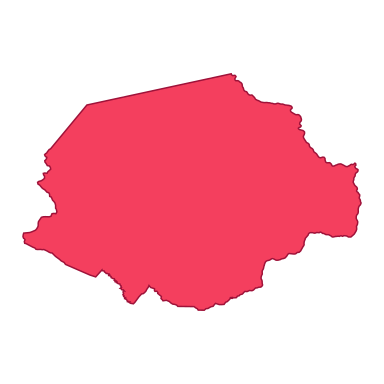 Kompiam District, Enga, Papua New Guinea (Mercator projection)
{"feature_id": "67681753B5987121192502", "entity_name": "Kompiam District", "entity_type": "district", "adm_level": 2, "iso_a3": "PNG", "parent_name": "Papua New Guinea", "parent_adm1": "Enga", "projection": "mercator", "projection_center": [143.976, -5.26], "detail": "fine", "context": "isolated", "style": "filled", "palette": "rose", "viewbox_px": 384, "rotation_deg": 0, "n_neighbors": 0, "source": "geoboundaries", "source_scale": "gbopen_adm2", "svg_char_len": 6007}
<svg xmlns="http://www.w3.org/2000/svg" viewBox="0 0 384 384"><path d="M86.9,105.0L50.5,148.9L49.2,149.5L47.4,151.8L46.7,153.0L45.4,153.8L44.6,154.8L45.4,156.5L46.8,157.3L46.5,158.7L45.6,160.0L44.8,160.6L45.0,162.1L46.2,163.6L47.3,165.6L49.5,166.0L50.4,167.6L50.7,169.2L47.9,171.7L47.0,173.3L44.7,173.0L43.3,173.4L43.6,174.9L44.5,176.1L44.5,178.3L43.3,179.4L41.9,180.4L40.8,180.9L38.8,181.4L37.6,182.3L38.0,184.1L39.7,185.1L42.0,187.9L43.1,188.8L44.8,189.8L47.1,192.3L48.7,192.7L49.5,194.0L49.7,196.4L51.3,197.1L52.6,200.2L54.0,201.6L55.0,203.1L55.6,205.2L55.6,208.3L56.3,209.2L56.9,211.9L55.9,213.7L53.9,213.4L52.0,213.7L50.9,216.3L49.2,216.8L45.2,216.7L43.2,216.8L41.4,217.3L38.5,221.6L38.2,223.2L38.2,225.3L38.0,226.5L36.8,228.7L35.5,230.2L31.8,231.8L29.8,232.5L23.7,233.1L23.2,234.9L23.0,236.7L23.6,238.3L24.5,238.9L25.0,239.8L24.3,241.5L24.7,243.3L26.0,243.6L33.1,247.3L34.8,247.9L36.0,249.3L37.8,249.5L40.4,249.4L42.3,249.7L43.9,249.5L47.5,251.2L48.9,252.1L50.5,252.8L52.1,253.0L55.5,256.4L59.6,259.4L61.2,260.9L64.1,262.4L65.5,264.4L90.1,275.1L95.7,276.9L102.0,269.9L102.2,270.7L104.1,270.9L104.5,272.0L105.4,272.5L106.2,273.5L107.3,273.4L108.1,273.9L109.1,273.9L109.3,274.1L108.6,274.4L108.6,275.0L109.3,275.2L109.0,275.6L110.2,275.9L111.2,276.7L111.1,277.6L113.3,278.7L114.3,278.7L114.9,280.0L114.4,280.3L115.2,280.8L115.0,281.6L115.8,281.7L116.1,282.2L116.6,281.3L117.2,282.1L117.1,282.8L118.2,283.7L119.9,284.0L120.3,285.3L121.2,286.1L121.0,286.8L121.5,287.5L120.2,288.4L121.2,288.8L121.9,289.8L123.4,289.9L124.1,290.8L123.5,290.6L123.5,291.2L123.0,292.0L123.6,293.3L122.9,294.8L123.9,295.5L123.6,296.4L124.5,297.1L124.6,298.4L125.6,297.9L125.6,299.1L126.3,299.4L127.1,300.4L127.4,301.7L128.6,301.5L128.8,302.1L129.8,302.0L129.4,302.6L130.6,303.3L133.4,303.8L134.9,302.3L139.0,296.7L141.6,293.9L143.1,293.7L144.5,292.7L146.1,290.9L146.5,289.8L148.4,287.0L149.0,285.5L150.7,287.5L154.5,288.7L154.5,290.7L155.0,291.4L156.8,291.2L157.9,292.6L157.7,293.4L161.4,296.5L161.0,298.5L162.5,300.0L163.0,300.8L166.4,300.3L169.3,301.5L170.9,303.0L172.7,304.1L174.8,304.4L176.7,305.1L177.8,306.4L194.1,306.6L195.7,307.9L197.3,308.7L198.2,310.1L204.3,310.2L205.9,308.7L207.9,308.5L210.8,306.8L213.1,306.3L214.3,304.7L215.5,303.4L219.3,304.6L221.4,304.6L224.1,304.4L224.8,303.3L225.9,302.1L227.3,301.6L229.8,299.2L230.4,297.6L232.0,297.5L231.6,298.3L232.3,298.4L233.3,297.8L235.0,297.8L236.5,297.6L237.3,296.2L239.3,295.7L240.0,294.7L242.3,294.1L243.3,293.1L243.5,292.7L244.9,291.4L247.0,291.6L248.2,291.1L249.4,290.5L252.0,290.7L253.5,290.0L255.5,288.0L257.0,287.9L258.9,287.2L260.2,287.2L261.3,286.8L262.0,286.1L262.6,285.0L262.2,283.3L262.1,281.0L261.7,279.8L261.1,278.8L261.1,277.2L261.5,275.7L262.3,274.0L262.2,272.8L262.2,271.2L262.4,270.5L263.4,268.8L264.0,265.9L264.2,265.6L264.6,263.9L265.4,262.1L266.2,261.2L267.1,260.7L268.9,260.3L269.8,260.0L271.8,258.7L272.5,258.6L273.6,258.9L276.1,260.2L277.9,260.2L280.3,259.6L281.5,258.9L283.6,258.5L285.1,257.9L286.6,256.3L287.8,254.4L288.3,253.9L289.0,253.5L293.7,254.0L294.8,254.0L295.8,253.7L297.2,252.5L299.1,252.3L300.6,251.0L303.1,246.5L303.7,245.7L304.1,244.8L304.0,243.4L304.2,241.9L304.7,240.2L305.1,239.6L305.2,238.5L308.1,235.1L308.6,233.7L309.5,232.9L310.5,232.6L312.8,232.7L314.1,233.1L315.1,233.1L316.8,232.5L319.0,232.7L319.5,232.6L320.1,232.1L320.6,232.1L321.3,232.4L322.6,233.4L323.8,233.5L324.6,233.8L325.2,234.3L326.0,234.6L328.5,234.7L329.1,234.9L331.4,236.2L332.0,236.8L332.6,237.0L333.7,236.9L335.6,236.4L335.7,236.5L338.3,236.2L339.4,236.4L340.6,235.8L341.1,235.7L342.4,236.3L342.9,236.2L343.6,235.7L344.5,235.7L346.5,235.9L348.5,237.0L350.9,237.0L353.0,235.2L354.3,234.0L356.1,231.0L356.7,229.2L356.5,226.2L357.4,224.5L357.7,222.7L357.7,221.6L357.3,220.6L356.6,219.4L356.2,218.3L356.3,216.2L356.7,215.1L357.9,213.6L358.3,211.9L358.2,209.1L358.7,207.0L359.3,205.9L360.4,204.8L361.0,203.3L361.0,202.7L360.4,201.5L360.4,200.6L360.2,199.8L359.3,198.3L359.3,197.3L359.7,196.0L359.7,194.9L359.5,194.4L358.5,193.5L358.1,192.5L357.1,191.8L356.6,191.2L356.7,190.2L357.3,189.3L357.3,188.3L357.0,187.6L356.7,187.1L354.8,185.4L353.2,182.3L353.3,181.1L353.8,179.8L353.8,178.3L354.3,177.1L355.1,176.0L355.2,174.4L355.7,173.4L356.4,172.6L357.1,172.2L357.8,171.4L358.1,169.9L357.5,169.2L355.9,168.5L355.0,167.2L354.8,166.3L355.9,165.2L355.7,163.7L355.3,163.3L354.7,163.2L353.7,164.3L353.2,164.5L352.2,164.5L351.6,164.3L350.7,164.6L349.5,165.6L348.7,165.9L347.4,166.6L345.9,166.5L343.0,164.9L340.9,163.9L339.2,164.0L338.2,164.2L336.5,165.0L335.9,165.1L334.4,165.9L333.3,166.1L332.4,166.0L331.9,165.5L331.4,164.2L329.8,162.7L326.9,162.8L326.3,162.5L325.7,162.0L325.1,160.1L325.0,158.4L324.1,157.3L322.8,157.1L320.4,157.8L319.5,157.5L318.6,157.0L316.5,153.8L313.8,151.7L313.2,149.8L312.8,149.2L312.1,148.5L310.6,147.6L310.0,147.0L309.5,146.2L309.2,144.6L308.8,143.9L308.1,143.3L306.5,142.5L303.7,138.1L303.4,137.0L303.4,136.2L304.3,134.4L304.6,133.2L304.5,131.9L303.6,131.0L302.9,130.5L299.5,129.6L298.9,129.2L298.4,128.7L298.4,128.1L299.2,127.4L299.9,127.3L300.6,126.9L301.1,126.1L301.1,125.6L299.7,124.2L299.7,123.1L300.1,122.1L301.0,121.2L301.4,120.1L301.4,119.1L300.9,117.8L300.9,117.2L300.1,116.0L299.1,115.0L298.1,114.6L296.0,114.7L295.2,114.4L291.5,112.2L290.8,111.6L290.5,110.8L290.5,109.9L291.2,109.0L291.9,108.5L292.1,108.0L292.1,107.3L291.3,106.2L290.0,105.7L289.2,105.6L288.9,105.3L287.9,105.4L287.4,105.2L285.2,105.0L282.8,104.1L280.9,104.1L278.3,103.3L277.2,103.3L275.7,103.9L273.9,103.9L272.7,103.4L271.4,103.3L269.6,102.8L268.5,102.8L266.9,102.5L264.1,102.6L261.1,102.1L258.5,100.6L257.8,100.5L255.7,99.4L255.0,98.5L254.6,97.6L252.1,95.1L251.3,95.0L250.1,95.2L248.9,94.7L247.9,93.8L247.0,92.2L246.5,91.7L245.1,91.3L244.2,90.6L243.6,89.4L243.6,89.0L243.1,87.6L242.7,87.2L242.3,86.0L242.3,85.3L242.0,83.9L241.5,83.2L240.8,82.5L239.5,81.8L238.9,81.1L237.9,80.7L235.8,80.7L235.3,80.3L235.0,79.8L234.8,78.8L236.0,76.7L236.0,76.4L234.9,75.3L232.7,75.6L231.4,74.6L231.2,73.8L86.9,105.0Z" fill="#f43f5e" stroke="#9f1239" stroke-width="1.5"/></svg>